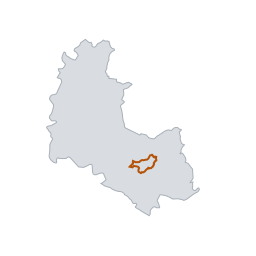 where Pita sits in Guinea, rotated 207°
{"feature_id": "GIN-5656", "entity_name": "Pita", "entity_type": "Prefecture", "adm_level": 1, "iso_a3": "GIN", "parent_name": "Guinea", "parent_adm1": "", "projection": "orthographic", "projection_center": [-12.737, 10.896], "detail": "medium", "context": "in_parent", "style": "outline", "palette": "amber", "viewbox_px": 256, "rotation_deg": 207, "n_neighbors": 0, "source": "natural_earth", "source_scale": "10m", "svg_char_len": 5043}
<svg xmlns="http://www.w3.org/2000/svg" viewBox="0 0 256 256"><g transform="rotate(207 128 128)"><path d="M154.8,164.8L152.9,164.6L152.1,165.0L149.5,168.0L148.0,169.1L145.6,168.8L144.8,169.0L144.2,168.7L145.0,167.0L146.2,163.8L149.3,160.5L149.4,159.8L148.1,157.9L146.7,155.3L146.7,152.5L146.5,150.4L143.7,149.9L143.2,149.6L143.1,148.9L144.6,145.4L144.8,144.7L144.6,144.0L142.9,142.2L140.2,139.0L135.6,132.2L133.9,130.8L132.3,128.7L131.7,127.4L130.0,126.9L114.2,127.1L113.9,128.8L108.5,130.1L105.1,128.7L101.4,129.5L99.6,130.4L98.2,134.4L97.4,135.2L96.6,137.0L95.8,138.0L95.0,139.9L93.2,142.7L91.4,144.5L88.2,145.5L87.2,148.4L86.5,149.5L85.2,150.4L83.9,150.9L81.3,150.3L79.9,150.9L79.6,150.1L80.5,147.8L79.8,146.6L77.3,144.2L77.1,143.0L76.3,141.5L73.1,138.4L70.0,138.6L70.9,136.0L70.8,132.5L69.8,130.6L70.1,128.7L69.5,128.8L68.5,130.2L66.8,129.7L63.5,127.7L61.8,125.7L61.6,124.0L61.3,123.3L60.2,123.7L58.2,123.6L51.8,120.6L47.3,112.9L47.3,111.2L47.9,108.3L47.8,107.5L45.7,109.4L45.3,108.1L43.7,105.0L43.3,103.3L41.8,102.5L40.6,102.4L39.6,102.9L38.3,106.5L37.4,106.5L36.5,105.7L36.7,103.0L39.1,99.7L43.3,91.4L44.8,89.4L45.7,88.8L47.6,88.7L51.4,87.6L56.0,85.0L59.5,85.2L63.7,84.9L69.1,83.2L69.2,77.5L69.0,76.3L67.1,75.1L66.0,74.1L65.0,72.9L63.9,72.0L63.9,71.1L66.3,69.9L68.5,69.9L69.3,69.4L69.8,68.6L70.4,66.6L70.7,64.5L69.2,61.6L69.3,59.5L77.3,59.9L81.6,60.4L85.2,60.6L85.8,61.1L85.3,63.0L85.7,64.2L86.9,64.5L88.9,63.1L90.0,63.5L92.2,65.2L94.3,65.6L96.6,66.6L98.7,67.1L100.6,67.0L102.0,68.0L104.7,68.3L108.1,67.1L110.8,66.5L114.6,66.4L116.6,66.8L122.3,65.8L126.9,66.3L126.2,67.0L124.1,71.5L124.4,72.3L129.0,76.1L130.1,76.4L131.3,75.8L133.3,74.1L134.9,72.1L136.4,71.2L138.1,71.3L139.5,72.6L142.8,78.2L143.7,78.9L144.5,78.9L145.9,77.8L146.6,76.6L149.6,72.8L154.3,70.9L165.5,75.1L167.2,75.4L168.1,75.1L169.5,72.6L173.7,70.4L175.7,69.7L176.8,69.7L177.3,69.0L177.5,67.9L177.2,66.9L175.9,65.0L175.9,64.4L176.6,64.0L178.2,63.7L180.3,63.9L182.6,64.7L184.5,65.9L185.6,67.3L187.8,73.2L190.2,77.9L190.2,84.2L191.3,84.8L192.4,85.0L193.0,85.5L194.1,88.1L195.2,88.8L196.5,89.0L199.0,90.6L200.5,91.2L200.8,91.7L200.7,92.4L200.1,93.3L197.8,95.1L196.7,96.6L194.3,100.2L194.3,100.8L194.8,101.3L195.8,101.4L196.8,101.1L199.0,99.8L200.7,100.2L202.4,101.2L203.0,102.2L203.2,103.6L202.8,105.3L202.8,107.3L203.4,110.6L204.3,113.9L205.2,115.1L210.8,117.9L211.3,119.0L211.6,120.2L211.3,121.9L210.7,122.9L207.7,125.5L207.3,126.7L207.5,129.0L207.9,138.8L209.1,140.4L210.5,141.2L213.9,140.7L213.8,143.4L213.4,146.4L215.4,147.3L216.4,148.2L216.9,149.1L213.9,150.7L213.0,151.7L212.6,154.2L212.7,156.5L216.9,158.1L218.5,160.1L219.2,162.1L219.5,165.9L219.2,166.8L218.1,166.8L216.0,164.5L212.8,164.3L210.4,163.9L206.4,164.3L205.7,165.0L205.3,170.1L206.3,170.9L208.2,171.8L209.4,172.2L210.5,172.1L211.3,172.7L211.5,174.4L210.9,175.6L209.9,176.8L208.6,179.7L208.9,182.4L206.7,186.7L206.1,187.6L203.1,186.8L201.2,186.5L199.8,187.6L197.8,186.0L197.4,184.7L196.7,184.4L195.4,184.4L194.2,185.2L193.7,186.5L193.4,189.3L191.3,191.9L189.8,195.2L188.0,194.9L187.6,195.3L185.7,196.2L184.1,196.5L183.7,195.6L182.7,194.9L181.6,193.5L180.4,192.4L178.1,191.7L177.2,192.0L176.1,192.0L175.4,191.5L175.5,190.9L176.7,189.2L177.4,187.6L177.8,185.9L177.7,184.3L177.1,182.0L176.0,180.2L175.8,179.1L175.9,177.6L175.6,176.3L175.3,175.5L174.8,172.9L174.2,172.4L173.8,170.3L173.9,168.1L173.0,167.3L171.6,166.8L170.8,165.9L170.2,165.0L169.7,164.7L169.3,164.8L168.9,165.4L168.5,165.5L167.6,163.5L167.3,163.4L166.7,163.9L160.3,166.2L159.4,164.3L158.2,163.9L156.1,164.7L154.8,164.8Z" fill="#d9dde1" stroke="#a8b0b8" stroke-width="1"/><path d="M105.6,96.8L106.1,95.0L108.9,94.3L108.6,95.5L108.1,96.2L108.0,97.4L107.4,98.3L107.6,99.3L108.3,99.9L108.6,100.9L105.6,101.0L104.7,101.5L103.6,102.1L102.4,102.9L102.0,104.3L101.0,105.8L99.7,106.2L98.3,107.4L96.7,108.5L96.0,109.9L95.9,113.6L95.4,113.9L95.0,114.2L94.8,114.8L94.6,115.0L94.3,115.1L93.8,114.9L93.2,114.6L92.9,114.3L92.5,114.1L92.1,113.8L91.8,113.7L91.5,113.8L91.2,113.8L90.9,114.8L89.8,115.1L89.1,113.3L88.3,112.5L88.2,112.3L88.1,112.2L88.1,111.8L88.1,111.7L88.4,111.4L88.6,111.2L88.9,110.6L88.8,110.4L88.7,110.4L88.7,110.2L88.8,110.0L88.9,109.8L89.0,109.6L89.1,108.7L89.1,108.4L88.8,108.2L88.6,108.1L88.5,107.9L88.4,107.6L88.4,107.3L88.4,107.2L88.4,106.9L88.3,106.7L88.2,106.4L88.2,106.2L88.4,106.0L88.5,105.9L88.5,105.7L88.4,105.4L88.4,104.9L88.4,104.6L88.6,104.3L88.9,104.0L89.0,103.4L89.1,103.2L89.1,102.9L89.3,102.7L90.2,102.1L90.3,102.1L90.6,102.1L90.8,102.0L90.9,101.8L90.8,101.7L91.0,101.4L91.2,101.5L91.3,101.5L91.5,101.7L91.6,101.8L91.8,101.8L91.8,101.7L92.0,100.9L92.2,100.4L92.7,99.6L92.7,99.3L92.9,98.8L92.9,98.7L93.0,98.4L93.1,98.1L93.2,97.8L93.2,97.7L93.3,97.2L93.3,96.9L94.0,95.8L94.2,95.5L94.4,95.4L94.7,95.2L95.4,95.1L95.6,95.0L95.7,94.9L95.8,94.7L95.9,94.4L95.8,94.1L95.9,93.8L96.3,93.6L97.0,93.8L98.6,93.8L99.4,94.7L99.6,95.3L99.8,96.1L99.9,96.3L99.9,96.5L99.9,96.8L99.9,97.1L99.9,97.3L100.0,97.4L100.1,97.5L100.4,97.6L100.5,97.7L101.1,97.9L101.6,98.0L102.9,97.7L105.6,96.8Z" fill="none" stroke="#b45309" stroke-width="2"/></g></svg>